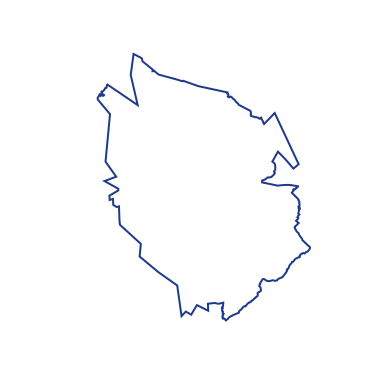 Matachí, Chihuahua, Mexico (Mercator projection), rotated 122°
{"feature_id": "50627088B19722398336980", "entity_name": "Matachí", "entity_type": "district", "adm_level": 2, "iso_a3": "MEX", "parent_name": "Mexico", "parent_adm1": "Chihuahua", "projection": "mercator", "projection_center": [-107.708, 28.816], "detail": "fine", "context": "isolated", "style": "outline", "palette": "blue", "viewbox_px": 384, "rotation_deg": 122, "n_neighbors": 0, "source": "geoboundaries", "source_scale": "gbopen_adm2", "svg_char_len": 5719}
<svg xmlns="http://www.w3.org/2000/svg" viewBox="0 0 384 384"><g transform="rotate(122 192 192)"><path d="M223.7,75.6L223.4,74.8L223.0,74.1L222.5,73.8L221.9,73.0L221.4,73.0L220.8,73.0L219.7,72.6L219.2,72.2L218.6,71.9L217.6,71.1L217.0,70.8L216.6,70.4L216.0,70.1L214.9,70.0L214.1,70.0L213.1,69.8L211.5,69.7L210.8,69.7L210.2,69.5L209.6,69.6L208.8,69.6L208.3,69.8L208.1,70.2L207.5,70.5L206.8,70.3L206.5,69.9L206.0,69.8L205.1,69.8L204.5,70.0L203.6,70.2L201.8,70.4L200.8,70.2L199.9,69.9L199.2,69.9L198.4,70.2L198.0,69.8L197.4,69.2L196.8,69.2L196.0,69.1L194.9,69.1L193.8,68.8L193.0,68.4L192.5,67.9L191.3,67.4L190.7,66.9L190.3,66.2L190.2,66.1L189.7,66.3L189.1,66.9L188.5,67.0L188.0,66.7L186.9,66.7L186.1,66.3L185.6,65.6L184.8,65.4L184.4,63.8L182.7,63.5L181.8,62.9L180.9,62.3L180.1,62.2L178.9,62.1L177.7,62.0L177.0,62.3L176.3,62.8L176.0,63.8L175.9,65.2L175.7,66.5L175.4,67.5L175.1,68.2L175.1,68.3L175.2,68.8L175.0,69.4L174.7,70.8L174.5,71.9L174.3,72.9L173.6,73.6L173.1,74.4L172.5,76.3L172.0,77.5L171.5,78.4L171.2,78.9L170.4,80.0L170.2,81.5L169.9,82.5L168.6,84.9L168.1,85.4L167.7,85.9L167.5,86.3L166.8,86.3L164.3,85.7L161.8,85.1L161.5,87.0L161.3,88.5L158.4,87.9L157.8,88.0L157.6,89.2L155.8,89.3L155.8,89.2L154.1,89.1L154.0,90.4L150.5,91.7L150.4,91.8L149.1,91.5L148.0,92.6L149.2,92.9L148.0,94.0L146.3,93.8L145.2,94.4L144.7,95.3L143.3,95.8L142.8,97.2L142.0,97.7L141.8,98.4L141.7,98.4L139.8,106.7L139.6,107.0L138.1,106.8L137.4,106.6L136.9,107.1L136.2,107.5L135.6,106.9L135.4,106.7L135.5,106.6L135.8,106.4L135.7,106.3L135.2,106.1L133.7,105.9L133.5,105.4L132.7,105.4L132.2,105.8L131.3,105.4L130.7,104.1L132.1,107.9L133.3,110.8L134.9,114.1L138.2,118.9L141.2,122.7L146.7,137.6L145.2,138.6L143.0,136.9L141.9,136.3L140.0,135.8L139.6,135.6L139.4,135.2L139.1,134.6L139.0,134.3L138.3,133.8L137.6,133.1L137.3,132.9L137.2,132.6L136.2,132.4L133.8,131.8L133.5,131.7L133.0,131.9L132.7,131.9L132.2,131.7L132.0,131.9L131.5,132.3L131.3,133.1L131.1,133.4L129.1,133.2L128.0,133.8L126.1,135.0L124.6,136.3L124.0,137.3L123.6,140.0L112.2,140.5L115.0,129.3L118.2,119.1L118.4,118.4L111.9,116.3L81.2,163.7L96.1,166.9L95.7,167.6L95.5,168.4L95.0,168.6L94.4,169.4L94.0,170.2L93.5,171.3L93.2,171.8L92.7,172.2L92.3,172.5L92.2,172.7L92.2,172.8L92.5,173.0L93.1,173.2L93.6,173.1L93.8,173.2L94.0,173.4L94.2,175.0L94.0,175.7L94.7,177.6L95.2,178.1L95.4,179.9L95.7,180.3L95.9,181.0L96.1,181.8L96.2,182.2L96.1,182.6L95.5,182.7L95.1,183.0L94.8,183.5L93.9,183.8L93.2,184.3L92.4,185.1L92.3,185.8L93.3,198.7L93.0,199.1L92.6,199.9L92.4,200.6L92.4,202.0L92.1,202.4L91.8,203.3L91.5,204.2L91.1,205.4L91.2,206.4L90.8,207.7L90.5,208.9L90.6,209.8L91.2,210.1L91.8,210.6L92.1,210.8L92.2,211.6L92.2,212.1L91.9,212.4L90.9,212.2L90.4,212.5L90.0,213.0L89.7,213.6L89.9,214.3L89.8,214.6L89.5,214.9L89.2,214.8L88.8,214.8L98.9,242.8L102.4,258.6L103.2,258.8L104.4,263.6L110.1,282.5L109.3,288.4L109.8,288.5L110.5,289.5L109.9,289.7L109.1,289.8L107.4,303.2L106.5,304.1L105.3,305.3L105.2,305.6L105.9,314.7L125.2,306.0L147.1,284.1L145.7,320.7L146.0,320.8L146.9,320.6L148.4,319.9L149.0,319.8L149.2,320.2L149.5,320.5L149.8,320.6L151.7,320.5L152.5,320.6L153.8,320.9L154.2,321.1L154.4,321.2L154.3,321.5L154.5,321.8L154.9,321.9L155.3,321.8L155.5,321.5L155.9,320.9L156.0,320.5L156.1,320.1L156.4,319.9L156.7,319.7L156.9,319.3L157.0,319.1L156.9,318.9L156.7,318.9L156.6,318.7L156.4,318.4L156.3,318.1L156.4,317.9L156.6,317.9L156.7,318.1L157.1,318.1L157.3,318.2L157.5,318.4L157.6,318.9L157.7,319.1L157.9,319.2L158.0,319.3L158.2,320.5L158.6,320.8L158.9,320.8L159.0,320.8L159.0,321.1L158.5,321.3L157.7,321.8L157.8,322.0L158.2,322.0L158.3,321.8L158.6,321.7L159.5,322.0L160.3,321.9L160.8,321.7L161.8,322.0L163.5,321.0L169.4,302.8L212.1,281.4L219.2,264.4L229.1,272.0L228.3,256.2L229.7,255.3L238.9,260.1L242.4,257.6L239.8,255.3L244.7,251.9L244.7,247.9L242.9,246.3L255.2,238.0L258.0,235.7L263.1,207.9L274.5,202.2L277.8,177.8L279.1,155.0L302.8,135.1L296.7,133.9L296.6,131.7L296.5,127.7L285.3,127.9L284.1,115.4L278.3,119.3L274.3,114.2L274.0,113.7L273.4,111.9L272.6,110.1L269.3,106.8L272.7,105.1L273.0,105.4L274.1,105.5L274.4,105.3L274.3,104.7L274.3,104.4L274.6,104.2L275.7,104.3L276.2,103.9L276.4,103.4L276.7,103.0L277.0,103.0L277.0,102.7L277.1,102.3L277.7,102.0L278.1,101.8L278.5,101.8L278.5,101.1L278.8,101.3L279.2,101.0L279.2,100.7L279.5,100.6L279.8,100.3L280.3,100.4L280.5,100.6L281.3,100.4L281.7,99.7L282.1,99.7L282.2,99.0L282.7,99.0L282.8,98.5L282.9,98.4L282.6,98.1L282.3,97.9L282.2,97.3L282.6,96.2L283.0,95.2L282.5,95.0L281.6,94.7L281.1,94.5L280.0,94.3L279.5,94.3L278.9,94.1L278.3,93.9L277.7,93.7L277.2,93.4L276.7,93.1L276.3,93.0L276.0,92.6L274.7,92.0L274.0,91.5L269.5,88.3L268.9,88.7L268.5,88.8L268.2,88.8L267.9,88.7L267.4,88.7L267.0,88.7L266.6,88.4L266.3,88.3L266.0,88.2L264.2,87.7L263.5,87.9L262.6,87.7L261.8,87.5L261.3,87.2L261.1,86.6L260.7,86.2L260.4,86.0L260.1,85.9L259.8,86.1L259.5,86.1L259.1,85.9L258.7,85.9L257.1,85.7L256.5,85.3L256.3,85.2L255.9,85.2L255.5,85.0L255.4,84.7L255.0,84.6L254.7,84.5L254.5,84.3L254.2,84.2L253.9,84.2L253.6,84.0L253.5,83.7L253.2,83.7L252.6,83.8L252.1,83.6L251.7,83.2L251.0,83.0L250.5,82.8L249.8,82.8L249.3,82.7L248.9,82.5L248.4,82.2L247.9,82.3L247.3,82.1L246.9,81.9L246.5,81.7L246.2,81.5L245.5,81.4L245.1,81.4L244.7,81.6L244.1,81.9L243.7,82.3L243.4,82.4L243.2,82.7L242.5,82.8L241.9,82.5L240.7,81.7L240.1,81.5L239.6,81.3L239.1,81.4L238.6,81.6L238.2,82.0L237.9,82.2L237.2,82.9L236.7,83.2L236.5,83.7L236.4,84.6L236.3,84.8L235.5,85.4L235.0,85.4L234.4,85.3L234.3,85.7L233.8,85.8L232.5,85.8L231.4,85.9L230.7,85.9L229.2,85.9L228.5,85.8L228.2,85.7L228.0,85.3L227.6,84.4L227.6,83.9L227.6,83.4L227.7,82.1L227.7,81.8L227.5,80.8L227.3,80.3L226.7,79.3L226.4,79.0L225.8,78.3L225.0,77.7L224.2,76.9L223.9,76.5L223.8,76.0L223.7,75.6Z" fill="none" stroke="#1e3a8a" stroke-width="2"/></g></svg>